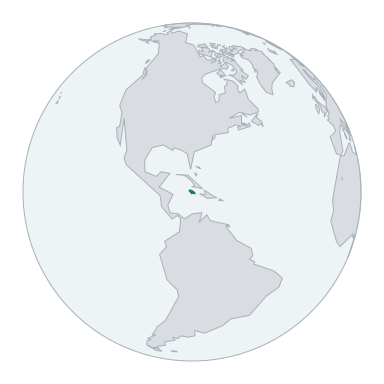 Jamaica on an orthographic globe, rotated 18°
{"feature_id": "JAM", "entity_name": "Jamaica", "entity_type": "country or territory", "adm_level": 0, "iso_a3": "JAM", "parent_name": "North America", "parent_adm1": "", "projection": "orthographic", "projection_center": [-77.28, 18.119], "detail": "fine", "context": "on_globe", "style": "filled", "palette": "teal", "viewbox_px": 384, "rotation_deg": 18, "n_neighbors": 0, "source": "natural_earth", "source_scale": "50m", "svg_char_len": 9349}
<svg xmlns="http://www.w3.org/2000/svg" viewBox="0 0 384 384"><g transform="rotate(18 192 192)"><circle cx="192" cy="192" r="169" fill="#eef3f6" stroke="#a8b0b8"/><path d="M189.4,220.8L185.4,218.9L181.5,223.8L167.7,215.5L162.9,205.4L121.1,186.4L116.9,180.7L117.1,172.3L104.6,142.8L109.3,169.7L104.2,163.9L100.4,154.1L102.9,152.1L100.9,138.2L96.6,132.2L97.6,115.4L109.1,96.0L110.2,99.5L112.9,94.9L111.6,90.5L110.1,88.8L117.3,70.8L114.8,60.5L108.5,61.4L114.2,58.4L98.6,63.4L93.7,62.8L102.6,61.1L106.2,59.3L104.5,57.4L107.8,55.1L108.9,53.1L112.9,50.8L117.8,50.6L120.5,49.2L119.2,48.0L122.4,45.4L123.9,47.2L129.7,42.9L138.9,43.0L139.7,51.9L148.2,51.7L158.0,61.0L160.4,58.8L165.7,61.7L170.5,60.5L170.9,63.1L174.4,60.0L173.1,57.9L174.2,56.0L176.9,55.2L177.9,58.2L176.7,59.0L178.4,59.5L177.8,61.4L179.6,60.0L180.6,64.0L183.7,59.1L187.8,61.5L187.3,64.4L182.1,65.3L168.0,76.1L165.9,80.3L168.2,84.8L183.6,90.1L183.5,94.6L187.1,99.7L189.6,96.4L187.7,91.4L193.2,87.0L190.1,81.8L191.9,79.5L190.9,74.2L196.7,73.9L202.9,76.7L204.1,81.2L206.9,82.8L210.4,77.8L217.0,86.4L229.1,92.5L230.2,95.2L224.0,100.6L212.4,101.6L204.4,110.6L215.4,103.9L217.9,111.5L220.7,112.6L223.9,111.9L225.2,108.8L227.3,111.5L217.3,118.6L215.3,116.3L218.4,113.9L213.0,114.7L206.3,120.4L208.1,124.3L196.0,130.4L197.1,133.4L195.1,136.7L194.1,131.4L195.7,141.4L181.8,153.0L183.7,171.1L175.6,157.1L168.9,155.5L160.8,155.7L161.0,158.6L150.2,156.1L140.5,162.0L137.1,176.2L140.9,187.3L153.0,188.3L156.5,182.2L165.3,181.2L159.2,197.5L174.6,200.1L173.1,212.3L177.7,218.6L185.3,217.0L193.3,219.8L198.9,212.7L207.9,208.5L208.2,218.3L213.1,209.1L218.2,213.6L236.1,211.9L234.8,214.3L249.8,224.4L265.8,227.3L269.5,233.8L267.6,238.4L273.0,238.8L273.1,241.5L294.3,241.8L304.6,246.1L304.0,255.6L294.7,268.3L284.9,291.3L267.8,301.0L262.5,309.6L247.5,322.5L237.3,322.9L239.3,327.8L232.8,331.4L225.9,332.2L224.0,335.8L218.8,336.2L221.7,338.2L212.5,342.9L214.1,346.0L207.1,349.2L208.4,350.8L206.1,350.9L203.4,351.6L202.9,352.5L196.2,351.1L195.3,347.3L198.3,345.1L195.3,344.8L201.9,338.9L198.3,340.2L200.7,330.8L206.5,322.2L211.7,295.4L208.3,289.8L195.6,283.4L180.4,261.3L184.7,251.9L181.2,247.4L192.4,233.6L189.4,220.8ZM35.4,149.9L36.6,146.1L36.5,149.1L35.4,149.9ZM37.0,143.5L36.7,144.8L36.9,143.6L37.0,143.5ZM36.9,142.4L37.0,143.2L36.7,142.7L36.9,142.4ZM36.6,141.4L36.8,141.8L36.7,141.9L36.6,141.4ZM182.9,177.2L200.6,185.5L190.7,186.9L192.5,185.2L188.1,181.7L179.7,178.5L171.0,180.4L182.9,177.2ZM36.7,138.8L36.7,138.0L37.1,138.0L36.7,138.8ZM190.6,167.1L187.5,166.5L190.5,166.4L190.6,167.1ZM108.9,88.5L111.2,90.7L111.2,95.8L108.8,94.1L108.9,88.5ZM109.4,79.7L111.4,79.8L108.3,84.1L108.1,82.7L109.4,79.7ZM103.3,62.8L104.6,63.8L102.2,63.7L103.3,62.8ZM108.3,53.3L106.9,53.8L108.1,52.6L108.3,53.3ZM187.7,74.8L189.3,74.5L188.7,75.6L187.7,74.8ZM185.8,72.9L184.0,74.4L182.9,73.8L184.0,72.8L185.8,72.9ZM115.3,48.0L117.6,46.1L116.1,48.0L115.3,48.0ZM188.3,71.2L181.0,72.4L179.0,71.3L181.6,66.9L188.3,71.2ZM119.5,45.0L124.9,41.0L122.3,41.6L132.8,38.0L124.7,42.3L123.3,44.3L122.1,44.0L119.5,45.0ZM171.5,57.6L173.0,59.8L169.2,58.8L171.5,57.6ZM168.8,57.5L155.6,58.1L154.7,54.9L159.3,55.2L156.2,52.0L162.2,50.1L165.3,51.4L164.7,53.8L167.5,51.3L168.8,57.5ZM137.8,36.9L139.8,36.0L138.6,36.9L137.8,36.9ZM174.3,55.2L171.7,55.4L170.8,52.6L175.8,51.6L174.5,52.8L174.3,55.2ZM152.4,52.2L152.5,50.2L157.5,48.0L158.2,47.0L162.3,49.8L152.4,52.2ZM176.1,53.1L178.3,51.3L181.2,52.0L176.8,54.8L176.1,53.1ZM168.4,52.4L168.2,51.1L169.9,51.4L168.4,52.4ZM192.9,54.1L189.8,54.1L189.1,52.6L192.9,54.1ZM179.0,50.5L178.0,50.3L177.3,49.8L179.4,48.8L179.0,50.5ZM165.5,48.2L167.5,47.9L164.1,46.9L167.6,45.5L169.7,47.8L170.3,46.2L171.4,45.8L171.8,48.1L165.5,48.2ZM179.5,46.4L183.3,49.2L189.2,49.3L190.0,50.6L180.5,50.3L179.5,46.4ZM175.0,47.2L178.0,47.0L177.5,48.5L175.1,49.6L175.0,47.2ZM169.3,43.9L163.3,45.4L163.0,44.9L169.3,43.9ZM181.3,46.1L180.3,45.5L181.8,45.9L181.3,46.1ZM173.1,44.1L171.0,44.7L170.8,44.1L173.1,44.1ZM180.1,43.9L181.4,44.7L179.8,45.4L180.1,43.9ZM177.0,43.7L177.2,42.8L178.5,45.2L176.1,44.1L177.0,43.7ZM173.2,43.5L172.4,43.3L174.1,43.4L173.2,43.5ZM185.3,41.0L187.4,43.8L183.9,45.2L182.4,42.3L185.3,41.0ZM207.1,353.8L196.7,351.7L202.7,352.7L207.4,351.2L212.7,352.7L207.1,353.8ZM220.9,349.5L226.1,348.2L227.1,348.6L223.8,349.5L220.9,349.5ZM321.8,83.9L318.9,80.5L315.3,76.5L321.8,83.9ZM301.9,63.7L302.4,64.2L312.2,73.4L314.4,75.6L319.0,81.3L323.2,85.7L326.0,89.5L320.1,83.6L317.2,80.5L309.9,76.7L313.4,80.4L320.5,84.4L320.3,84.9L324.9,90.7L321.2,86.8L312.5,82.2L313.7,88.7L323.0,106.9L322.0,110.9L317.7,111.1L306.4,96.9L309.8,89.6L305.9,85.2L298.5,81.7L300.2,80.1L297.6,78.0L298.2,75.4L292.5,68.0L292.1,65.4L283.5,59.2L282.1,57.3L287.6,61.3L291.2,63.0L289.6,57.7L287.4,55.7L281.9,52.3L282.1,51.6L277.1,49.1L273.0,45.5L273.7,48.1L267.3,45.0L261.4,41.5L259.4,41.1L269.1,47.1L272.8,49.2L275.8,50.0L286.1,57.1L288.0,59.8L277.8,54.8L279.4,58.3L270.7,53.6L249.9,39.2L244.5,35.5L249.0,34.1L253.9,36.0L254.8,37.3L259.9,38.3L256.7,37.2L256.8,36.8L250.8,34.5L250.6,34.2L245.1,32.7L244.2,32.1L247.7,33.0L238.0,29.8L234.5,28.5L232.3,28.0L231.1,27.8L227.8,26.9L239.3,29.8L250.7,33.6L261.7,38.1L272.4,43.4L282.7,49.5L292.6,56.2L301.9,63.7ZM226.2,26.5L226.7,26.7L224.3,26.3L218.7,25.5L217.7,25.2L219.6,25.4L221.4,25.6L226.2,26.5ZM220.2,25.4L218.6,25.2L215.5,24.9L216.2,24.8L215.7,24.8L213.9,24.6L211.2,24.2L210.0,24.2L191.0,23.9L183.8,23.7L186.6,23.3L172.4,24.4L165.4,25.2L166.0,25.2L159.6,26.4L161.7,26.1L161.5,26.3L145.9,30.7L141.6,31.9L135.5,34.9L135.9,35.0L138.8,34.2L132.8,38.0L122.3,41.6L122.1,41.0L115.6,44.1L116.2,42.5L113.6,43.1L117.9,40.3L115.5,41.3L113.3,42.5L111.6,43.4L120.1,39.1L123.4,38.0L122.0,38.3L125.3,36.8L126.6,36.2L126.4,36.3L137.6,32.0L149.0,28.6L160.7,26.0L172.5,24.2L184.4,23.2L196.4,23.1L208.3,23.8L220.2,25.4ZM360.3,207.4L360.5,198.7L360.5,186.1L359.9,182.5L359.3,186.3L358.1,182.1L357.4,183.6L349.6,198.3L344.7,194.4L333.0,176.8L332.6,166.2L328.2,156.3L321.9,111.8L325.5,110.5L326.1,96.9L327.1,96.8L332.3,104.5L337.0,106.0L332.3,98.1L332.1,97.5L338.9,108.5L344.8,119.9L349.8,131.7L354.0,143.9L357.1,156.3L359.4,169.0L360.6,181.7L360.9,194.6L360.3,207.4ZM329.8,131.3L331.3,134.4L329.8,131.3ZM236.6,211.7L238.8,213.4L236.0,213.8L236.6,211.7ZM189.4,191.0L193.1,191.2L195.0,192.7L192.2,193.2L189.4,191.0ZM220.3,190.0L224.5,190.6L220.2,191.7L220.3,190.0ZM203.3,186.6L216.9,189.9L208.5,193.3L199.9,191.3L205.8,190.2L203.3,186.6ZM189.0,173.0L191.3,173.7L190.6,175.5L189.0,173.0ZM192.7,167.1L191.8,167.3L190.7,165.8L192.7,167.1ZM218.5,111.0L219.4,110.5L222.7,110.6L221.2,111.9L218.5,111.0ZM236.6,103.6L239.6,108.1L236.5,105.6L235.0,108.1L226.7,106.4L230.3,96.5L230.2,101.1L236.6,103.6ZM216.6,102.0L221.5,103.8L216.1,102.2L216.6,102.0ZM282.6,70.7L285.0,70.8L287.9,73.6L288.4,78.3L284.1,74.1L282.6,70.7ZM287.7,70.5L277.3,65.0L276.7,62.3L278.8,64.6L279.4,63.4L283.0,66.9L292.4,70.3L295.6,73.1L294.7,79.4L293.2,75.6L291.0,75.5L287.7,70.5ZM252.2,60.0L247.7,58.8L252.0,54.4L255.7,56.1L256.4,60.5L252.4,61.1L252.2,60.0ZM194.3,63.8L192.3,64.5L192.0,63.6L193.5,62.2L194.3,63.8ZM191.5,54.2L202.7,60.3L201.0,61.2L209.7,64.2L208.5,68.1L203.0,65.9L208.5,71.4L203.0,71.0L207.3,74.6L195.1,69.3L190.4,69.5L196.1,67.7L197.3,64.1L196.4,62.6L190.3,58.8L180.8,58.0L180.5,54.7L182.8,52.6L185.0,52.3L184.5,54.4L187.9,52.5L188.9,55.4L191.5,54.2ZM209.8,36.4L208.3,37.9L215.2,36.6L216.2,38.6L217.0,38.4L219.8,40.0L224.5,41.7L224.2,42.6L226.2,42.9L228.1,44.2L230.7,45.0L231.1,47.1L234.3,48.3L232.7,48.7L238.1,50.3L234.2,50.1L236.4,52.1L239.0,51.2L234.7,63.2L235.9,69.2L239.0,74.5L231.9,74.1L224.5,69.2L217.9,62.7L217.8,57.3L214.6,58.4L213.6,56.2L216.5,56.3L211.4,55.0L211.4,53.3L205.5,49.0L198.2,48.7L195.9,47.3L198.7,46.6L194.4,45.8L198.2,43.6L196.7,42.7L198.8,39.9L205.3,39.5L203.0,38.6L204.6,36.7L209.8,36.4ZM186.1,40.2L193.5,38.7L197.8,39.2L192.2,43.9L193.1,45.1L189.7,48.6L183.6,47.9L185.2,46.9L185.3,45.8L187.1,46.4L185.7,45.1L187.8,43.8L187.2,42.5L189.8,42.3L186.1,40.2ZM324.9,93.0L325.1,92.3L324.6,90.6L327.5,94.5L324.9,93.0ZM319.2,89.9L318.9,88.6L322.8,92.7L322.6,93.6L319.2,89.9ZM315.3,84.7L318.5,88.2L316.7,86.8L315.3,84.7ZM287.0,60.2L286.2,58.9L287.4,59.5L289.4,61.1L287.0,60.2ZM230.4,34.7L228.9,35.1L227.9,34.7L222.3,34.4L221.1,33.2L224.0,32.8L230.4,34.7ZM326.7,90.0L327.5,91.2L326.7,90.2L326.6,89.9L326.7,90.0ZM228.2,33.3L226.1,33.3L226.8,32.7L228.2,33.3ZM219.9,32.3L220.2,31.5L220.3,33.0L219.9,32.3ZM214.8,25.7L223.9,27.2L229.6,28.2L231.6,28.2L232.7,29.1L223.9,27.6L214.8,25.7ZM194.0,24.0L192.3,24.5L190.5,24.3L190.6,24.1L194.0,24.0ZM194.8,24.3L197.7,25.1L195.0,25.3L193.3,24.7L194.8,24.3ZM213.3,28.2L216.0,28.6L215.4,29.0L213.3,28.2ZM138.9,36.0L139.7,36.0L137.9,36.5L138.9,36.0ZM162.8,26.1L162.2,26.5L160.1,26.8L162.8,26.1ZM159.4,27.6L162.3,27.0L159.7,27.8L159.4,27.6ZM168.6,25.7L163.6,26.8L167.8,25.7L168.6,25.7Z" fill="#d9dde1" stroke="#a8b0b8" stroke-width="1"/><path d="M192.1,191.0L192.4,191.1L192.7,191.2L192.9,191.2L193.0,191.2L193.4,191.5L193.6,191.6L194.6,191.9L194.9,192.4L195.0,192.6L194.7,192.7L194.4,192.7L194.1,192.7L193.8,192.6L193.7,192.6L193.4,192.5L193.5,192.5L193.4,192.4L193.2,192.4L193.1,192.6L192.9,192.8L192.7,192.8L192.6,192.6L192.3,192.8L192.2,193.2L191.8,192.8L191.5,192.8L190.9,192.8L190.6,192.7L190.4,192.4L190.1,192.2L189.9,191.8L189.2,191.7L189.1,191.3L189.3,191.1L189.7,191.0L190.0,191.0L190.2,190.9L190.3,190.8L191.5,191.0L191.8,191.0L192.1,191.0Z" fill="#14b8a6" stroke="#0f766e" stroke-width="1.5"/></g></svg>